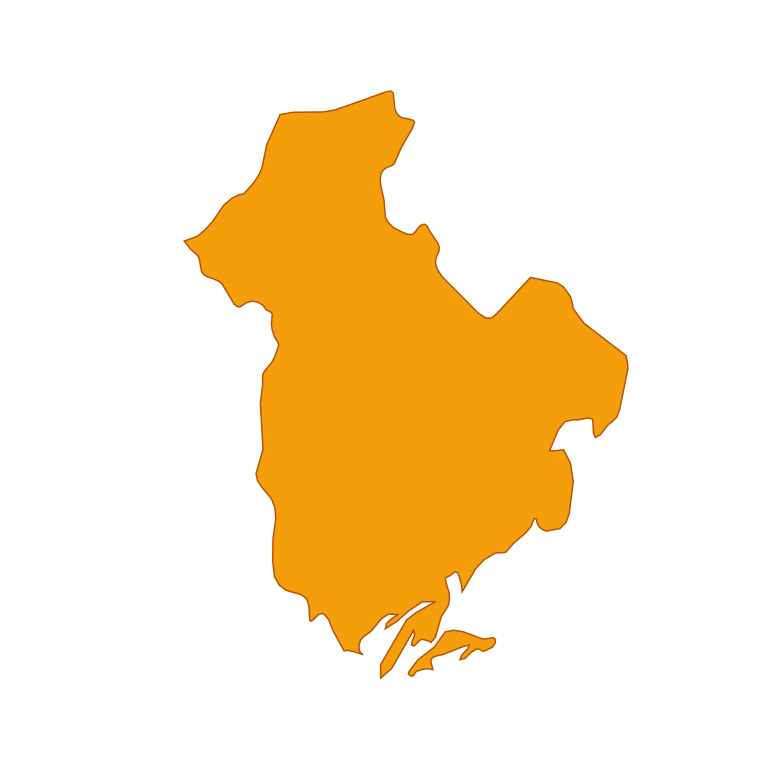 the border of Uppsala, rotated 107°
{"feature_id": "SWE-195", "entity_name": "Uppsala", "entity_type": "County", "adm_level": 1, "iso_a3": "SWE", "parent_name": "Sweden", "parent_adm1": "", "projection": "equal_earth", "projection_center": [17.867, 60.017], "detail": "fine", "context": "isolated", "style": "filled", "palette": "amber", "viewbox_px": 768, "rotation_deg": 107, "n_neighbors": 0, "source": "natural_earth", "source_scale": "10m", "svg_char_len": 3376}
<svg xmlns="http://www.w3.org/2000/svg" viewBox="0 0 768 768"><g transform="rotate(107 384 384)"><path d="M286.3,160.4L287.4,160.2L292.3,157.4L297.8,155.3L339.0,151.2L347.6,151.7L353.4,154.8L357.9,158.0L369.3,162.3L373.4,166.1L369.7,169.3L358.7,173.3L356.4,174.9L357.4,180.2L361.8,188.4L362.8,192.3L367.0,199.9L377.0,204.0L398.9,206.1L398.9,203.4L394.4,192.9L405.3,182.5L421.9,174.5L453.6,169.0L462.9,169.4L470.9,173.5L477.3,186.2L476.7,190.6L474.9,194.3L472.1,197.0L468.7,198.6L468.7,201.1L476.7,201.6L484.4,204.7L498.6,213.6L509.2,218.3L510.4,220.5L512.4,226.5L513.4,228.5L523.1,237.1L534.0,242.4L559.9,248.5L554.7,250.5L546.8,255.3L542.9,258.5L542.9,261.2L547.3,264.3L549.3,266.3L551.5,268.7L556.4,266.2L564.7,260.6L570.5,258.5L575.8,257.8L579.8,258.3L589.7,261.2L611.2,260.8L617.4,263.5L617.0,264.6L616.8,267.6L616.8,271.1L617.4,273.7L618.7,274.9L625.7,278.7L625.7,281.2L621.9,281.8L618.1,281.4L614.4,281.5L611.0,283.7L653.9,293.5L666.2,301.2L653.5,305.2L602.9,293.4L593.1,286.3L576.9,271.0L581.3,283.9L593.4,293.8L607.4,302.4L617.6,311.2L612.3,311.5L608.1,309.5L600.5,303.5L602.7,312.4L609.0,317.7L624.0,324.0L631.7,329.7L635.8,331.6L641.0,331.5L644.7,330.4L647.5,328.4L648.7,325.5L648.9,324.8L648.8,335.9L649.5,341.3L650.9,344.2L635.3,360.2L625.7,367.9L622.0,373.1L621.6,376.6L623.8,379.2L626.7,381.0L629.4,382.4L631.5,383.7L632.3,384.9L630.8,386.3L619.0,390.6L614.7,393.0L611.5,396.2L609.7,402.0L609.9,417.5L606.9,425.4L600.2,432.4L585.8,438.7L564.3,444.9L544.6,448.1L534.3,452.1L526.8,458.0L518.5,470.5L513.4,476.7L507.0,480.2L481.8,480.6L438.8,496.5L420.0,499.9L411.0,502.7L407.1,502.2L396.7,497.8L390.6,496.5L379.8,496.0L377.2,496.3L374.9,498.0L371.2,502.2L365.0,506.7L359.6,509.2L353.1,510.6L350.5,511.1L348.8,512.3L348.1,514.5L347.5,518.3L344.1,522.7L342.7,528.5L343.2,533.7L344.9,537.3L347.3,540.0L352.5,544.4L352.8,547.3L351.4,550.7L336.2,567.4L334.1,571.4L333.8,574.2L333.8,574.3L333.2,578.6L333.2,583.9L332.1,588.2L329.9,591.3L317.7,597.6L315.4,600.1L311.6,608.5L305.7,616.8L297.2,605.6L290.2,601.0L279.5,595.7L260.1,589.6L250.6,583.7L245.1,577.7L243.9,575.1L243.5,573.9L242.0,573.1L229.7,567.4L220.2,564.7L213.4,563.9L189.4,566.1L156.7,562.1L153.9,556.5L150.8,550.6L141.6,521.6L136.5,511.3L104.7,468.3L101.8,463.3L103.0,460.2L117.8,454.1L122.1,450.2L124.1,445.6L123.3,437.0L123.4,433.5L124.3,431.5L126.8,431.4L131.6,431.7L152.9,436.6L170.3,438.6L172.4,440.0L176.5,445.0L179.7,447.3L183.7,448.3L189.5,447.5L195.2,445.1L208.1,437.8L224.3,431.4L228.7,426.7L231.8,420.3L233.4,411.4L233.9,405.0L232.9,400.9L230.2,398.9L225.3,397.2L221.5,395.3L219.4,392.1L219.9,390.0L220.6,388.6L224.3,385.2L234.0,373.3L237.0,371.1L240.5,370.3L248.6,371.1L252.8,370.3L258.1,367.2L264.1,360.3L288.5,314.8L291.1,306.3L289.6,300.6L283.5,296.6L239.3,275.1L236.7,247.6L238.8,240.6L245.6,231.6L251.2,227.7L256.5,225.2L267.4,210.6L286.3,160.4ZM649.1,268.7L650.5,269.6L652.6,270.1L654.6,270.8L655.4,272.3L654.3,275.9L651.6,276.0L638.0,271.0L620.8,258.9L603.2,253.1L599.1,245.3L597.8,235.5L598.9,217.4L598.6,213.2L594.6,205.4L595.7,202.7L599.3,201.9L604.2,203.4L605.7,205.3L609.2,208.9L610.6,210.9L610.6,212.2L610.0,214.0L609.8,216.1L610.6,218.3L614.5,221.8L622.8,226.5L625.4,230.8L620.3,230.3L613.1,226.7L608.6,226.1L611.6,231.1L625.5,248.5L628.7,254.3L631.7,257.9L635.9,258.1L642.7,253.7L643.5,258.9L644.9,262.4L649.1,268.7Z" fill="#f59e0b" stroke="#b45309" stroke-width="1.5"/></g></svg>